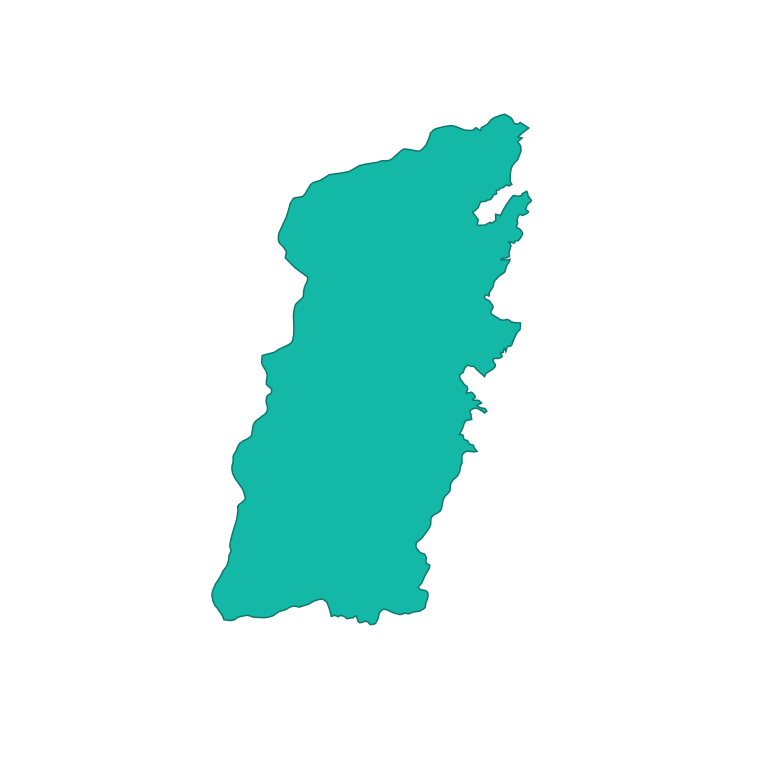 the district of Tam Dao, Vĩnh Phúc, Vietnam, rotated 233°
{"feature_id": "81297802B33900605812276", "entity_name": "Tam Dao", "entity_type": "district", "adm_level": 2, "iso_a3": "VNM", "parent_name": "Vietnam", "parent_adm1": "Vĩnh Phúc", "projection": "robinson", "projection_center": [105.582, 21.459], "detail": "fine", "context": "isolated", "style": "filled", "palette": "teal", "viewbox_px": 768, "rotation_deg": 233, "n_neighbors": 0, "source": "geoboundaries", "source_scale": "gbopen_adm2", "svg_char_len": 6171}
<svg xmlns="http://www.w3.org/2000/svg" viewBox="0 0 768 768"><g transform="rotate(233 384 384)"><path d="M586.7,423.2L584.7,417.9L580.2,412.2L576.0,406.3L568.2,391.7L567.1,390.2L565.2,388.3L562.6,386.3L560.6,385.5L559.1,385.4L553.8,386.1L549.1,385.9L548.1,385.4L544.7,381.6L543.8,381.1L530.4,382.9L515.8,387.2L514.9,387.2L512.5,384.8L509.4,379.1L506.6,375.8L502.3,372.0L501.8,370.5L501.1,363.1L500.7,361.2L499.3,359.2L496.6,356.0L492.8,352.6L483.3,346.1L477.5,341.3L474.4,337.9L473.2,336.0L472.7,334.6L472.7,332.7L473.0,330.0L475.0,320.9L475.4,315.2L480.1,303.9L475.0,299.3L472.1,298.3L464.8,297.5L460.9,295.9L456.7,291.4L454.5,289.8L447.3,291.1L444.5,288.6L445.0,284.7L444.0,282.1L440.8,279.1L436.4,277.4L434.6,276.3L433.3,275.1L432.0,272.7L431.6,271.3L431.6,259.1L431.1,257.1L429.6,254.4L423.4,248.1L422.4,246.5L422.2,245.0L422.5,241.0L423.4,236.7L423.4,232.9L422.2,229.9L419.4,225.3L417.9,221.3L417.0,220.0L412.6,216.6L409.5,212.7L406.5,210.7L403.8,209.4L398.9,208.3L385.2,207.8L382.6,207.2L376.3,204.6L375.5,203.6L375.2,202.4L374.9,195.5L374.3,193.3L371.7,191.9L370.3,190.7L364.3,184.7L356.4,173.7L350.9,166.8L347.1,163.1L343.7,161.9L342.0,160.6L341.0,157.9L340.2,156.9L339.0,156.0L335.9,152.8L333.4,149.1L331.6,143.2L328.2,136.2L325.9,129.6L322.3,123.1L319.4,119.9L317.0,118.4L313.3,116.7L308.4,115.6L306.1,116.0L297.7,115.6L295.2,115.3L292.1,114.3L287.4,119.2L285.9,122.0L285.5,127.6L282.0,135.1L279.9,137.1L277.9,138.2L275.6,140.2L269.6,147.5L267.7,150.7L266.2,154.2L265.7,156.2L265.4,163.4L263.2,169.0L262.3,175.0L261.1,178.0L259.5,179.9L257.4,181.4L256.6,182.6L253.4,191.7L253.0,196.2L252.3,199.2L250.8,202.9L249.7,204.8L248.4,205.8L246.9,206.4L244.2,207.1L236.3,204.8L230.2,202.0L229.6,203.0L229.3,205.1L225.4,207.7L225.7,209.0L225.3,210.0L223.0,211.9L221.6,212.6L219.1,213.0L218.3,213.9L217.8,215.6L216.0,218.4L216.0,221.6L215.7,221.9L214.5,222.1L210.2,220.5L208.8,220.6L208.1,220.9L207.2,222.1L205.8,226.4L203.8,227.9L200.1,228.2L198.1,231.8L197.9,233.4L200.4,238.5L202.7,240.8L204.0,242.9L204.6,245.1L204.7,247.0L204.3,248.2L203.6,249.1L201.3,250.7L195.4,253.9L190.4,257.8L189.6,259.2L188.3,263.1L185.6,265.3L184.4,269.8L181.2,275.8L180.5,280.6L180.7,282.3L183.8,285.5L186.5,289.8L189.2,292.3L190.4,293.1L192.6,293.4L194.5,292.5L196.3,290.7L198.8,289.0L200.2,288.8L201.3,289.6L202.4,294.4L206.5,301.8L209.6,309.3L211.4,311.4L212.4,311.4L214.3,310.3L215.5,310.0L217.5,311.0L219.9,313.4L223.0,314.0L224.4,313.8L226.7,311.9L227.8,311.5L233.1,311.1L235.2,311.8L237.5,314.0L237.9,314.9L238.1,321.4L241.1,331.7L242.9,335.5L244.0,337.0L248.1,340.3L248.9,341.5L249.6,344.6L248.7,350.0L248.8,352.6L250.0,355.0L255.8,361.4L257.5,364.6L258.3,370.1L259.2,372.7L263.6,376.4L265.0,378.7L265.9,381.4L266.1,386.3L267.5,390.0L268.8,392.0L272.2,395.6L273.9,398.8L278.8,402.2L280.5,403.9L281.0,407.7L280.0,410.5L276.0,414.5L274.2,417.7L278.5,417.6L280.5,418.3L281.9,418.2L284.6,416.0L288.2,416.7L291.3,414.7L292.2,414.7L294.9,416.1L296.3,416.2L297.0,415.6L298.2,413.7L301.3,420.1L304.3,424.4L305.2,426.9L305.0,428.5L302.9,432.8L306.0,434.2L306.9,435.0L309.7,435.7L310.9,436.7L310.9,438.6L310.5,440.9L310.0,442.1L308.3,444.0L302.1,446.5L300.5,446.6L300.3,449.6L302.3,450.0L304.0,449.8L304.9,448.5L307.5,446.5L310.6,445.4L311.1,446.2L310.1,450.5L313.2,450.0L314.3,449.4L317.3,445.5L318.2,445.4L318.4,448.7L319.2,449.5L324.1,449.3L324.9,448.9L326.1,445.9L327.4,444.4L329.6,447.8L331.4,448.7L332.6,448.7L334.9,447.8L342.6,448.0L344.6,449.0L345.8,450.2L345.6,454.1L348.2,458.1L348.7,462.0L345.2,464.7L344.0,466.4L338.9,466.9L329.4,468.7L331.1,471.6L330.4,480.0L331.1,483.6L332.7,484.6L334.7,484.6L337.1,485.2L338.3,486.4L337.1,489.0L335.8,490.3L335.1,492.2L334.7,494.8L338.3,495.8L338.5,496.4L337.5,497.9L337.6,498.4L339.6,500.3L339.9,501.7L339.6,501.8L336.6,500.8L339.4,504.6L339.3,506.0L338.1,508.0L338.3,509.5L341.4,514.1L345.2,521.8L345.5,525.1L346.6,526.5L350.6,529.7L354.9,524.7L357.0,523.2L360.4,522.0L361.4,521.3L362.9,517.9L365.5,515.6L374.9,511.9L376.0,512.0L377.9,513.4L379.2,517.0L380.9,518.0L386.7,518.2L391.0,516.2L392.2,516.1L392.8,516.4L393.6,517.4L393.7,519.1L392.8,520.2L391.3,520.5L391.1,521.1L393.6,522.9L396.1,529.8L398.8,532.7L399.9,534.8L400.9,540.4L400.7,547.2L401.3,548.8L404.5,552.7L406.2,557.6L407.0,558.8L408.0,559.6L408.2,557.9L411.0,554.6L412.1,552.7L413.2,552.5L413.1,554.1L412.2,556.1L410.9,557.9L410.5,561.1L413.2,562.4L414.6,563.9L415.6,565.5L418.1,568.7L422.2,569.2L418.1,572.9L418.9,574.3L419.0,575.2L418.7,576.2L417.7,577.5L418.4,580.7L420.0,584.4L421.2,585.5L424.8,586.0L428.2,584.8L428.9,584.1L429.5,584.1L430.1,584.5L431.9,587.6L435.0,589.0L436.1,590.4L437.6,592.9L437.8,594.8L435.4,595.8L435.0,596.4L434.2,600.7L434.3,602.5L434.9,603.3L437.7,602.2L438.5,602.5L440.9,606.2L441.2,607.2L441.2,610.9L442.2,612.2L447.3,612.2L450.0,613.5L452.1,614.0L452.8,608.7L451.7,607.8L452.6,604.8L456.7,600.7L456.2,597.8L453.5,589.4L451.3,584.1L448.3,578.2L451.0,576.6L452.4,575.3L447.5,571.9L447.4,567.6L447.7,566.5L449.3,566.1L450.2,560.2L454.3,554.4L455.2,554.3L458.4,558.1L468.0,558.2L467.7,561.6L468.1,565.2L470.6,569.3L471.1,570.6L470.8,571.8L468.5,575.6L468.6,577.4L467.5,579.2L467.3,580.7L467.9,582.8L469.0,584.5L469.0,585.5L468.1,587.9L468.3,588.5L470.6,589.9L470.9,590.8L469.9,592.3L470.2,594.7L469.2,597.4L469.3,602.1L467.2,602.6L466.7,604.0L466.5,606.3L469.4,606.4L474.6,610.3L479.5,615.1L481.2,618.2L482.1,621.7L482.7,625.7L487.4,633.4L491.1,636.1L494.1,636.6L497.0,636.5L497.4,642.3L500.7,639.5L501.2,644.6L501.3,653.7L511.0,650.1L510.7,648.7L510.9,647.4L513.3,645.1L514.7,644.9L518.1,645.7L520.9,645.4L526.8,642.8L528.5,638.6L530.4,632.1L530.6,628.3L529.2,623.1L529.5,619.4L530.2,616.3L528.3,613.5L533.2,611.7L533.6,611.2L533.1,608.0L534.9,605.0L538.1,601.4L547.4,595.5L550.1,593.0L553.3,587.1L556.5,579.5L557.1,576.3L556.4,572.1L552.9,567.4L549.6,561.3L548.7,557.4L548.4,553.4L548.9,552.3L550.4,550.4L556.0,545.3L559.1,542.1L559.8,541.0L560.0,538.7L559.0,525.5L559.3,523.2L561.0,519.7L562.7,517.9L564.1,515.3L565.0,512.2L571.2,500.6L573.3,495.3L574.5,484.8L577.1,478.8L584.1,466.3L585.0,455.4L587.3,449.0L587.5,446.7L587.5,445.7L583.3,435.1L582.6,432.1L586.4,424.5L586.7,423.2Z" fill="#14b8a6" stroke="#0f766e" stroke-width="1.5"/></g></svg>